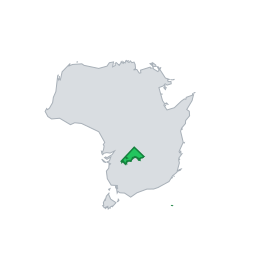 Unincorporated NSW, New South Wales, Australia shown in context, rotated 46°
{"feature_id": "25037944B59579883363479", "entity_name": "Unincorporated NSW", "entity_type": "district", "adm_level": 2, "iso_a3": "AUS", "parent_name": "Australia", "parent_adm1": "New South Wales", "projection": "orthographic", "projection_center": [147.013, -31.429], "detail": "fine", "context": "in_parent", "style": "filled", "palette": "green", "viewbox_px": 256, "rotation_deg": 46, "n_neighbors": 0, "source": "geoboundaries", "source_scale": "gbopen_adm2", "svg_char_len": 5267}
<svg xmlns="http://www.w3.org/2000/svg" viewBox="0 0 256 256"><g transform="rotate(46 128 128)"><path d="M152.8,62.9L155.5,72.9L158.5,72.3L162.0,75.2L162.7,81.4L164.7,83.6L165.3,89.4L166.8,92.4L176.6,98.2L180.4,107.6L181.5,108.1L181.7,106.4L183.8,108.2L184.1,107.4L184.9,112.2L186.1,113.7L188.8,115.3L193.8,123.6L193.3,129.0L195.0,135.6L191.7,147.7L189.7,152.0L185.1,156.8L180.8,166.6L179.6,174.1L172.4,175.7L168.9,178.9L166.7,179.2L167.3,181.0L163.8,178.4L164.3,177.8L164.1,177.1L163.4,177.1L162.3,178.3L161.4,177.6L162.8,176.5L162.0,175.6L157.4,179.8L150.1,178.1L144.0,173.5L143.5,169.7L140.6,166.4L141.7,166.5L141.6,165.4L137.8,166.8L138.7,164.1L136.9,160.5L135.9,164.9L133.0,165.5L133.3,164.1L134.7,163.9L136.1,157.9L135.2,153.5L133.6,158.3L130.9,160.4L129.2,163.3L129.7,164.7L128.5,164.7L126.4,163.3L127.6,163.2L126.5,160.5L124.3,157.6L122.8,157.4L122.2,154.7L110.4,151.6L92.4,158.3L87.2,162.7L85.6,167.1L73.5,170.4L68.4,176.7L64.1,177.7L58.5,176.1L57.5,173.0L58.8,173.2L59.2,170.9L57.4,164.6L54.1,160.4L51.7,154.6L42.9,143.9L45.4,144.5L43.1,141.2L44.6,143.1L46.4,143.2L41.8,136.3L41.4,124.8L42.4,127.2L43.8,123.7L49.8,116.6L52.4,116.1L64.8,107.7L68.9,100.2L68.1,96.1L70.4,92.5L73.3,96.6L74.2,93.7L72.5,92.3L72.8,91.0L77.4,90.8L76.0,90.7L76.7,88.7L75.7,87.2L78.2,86.5L77.1,85.5L79.2,84.9L78.3,83.4L79.9,81.1L80.1,82.2L81.6,81.8L81.5,79.6L83.6,79.9L84.8,77.9L87.2,78.7L90.4,81.2L90.1,83.7L92.0,81.0L96.4,81.8L97.2,80.4L95.1,78.8L99.6,69.8L100.7,70.2L102.3,67.9L103.0,68.7L108.2,67.3L108.0,65.4L104.3,64.4L104.9,63.8L118.0,66.4L121.7,64.5L120.9,66.2L122.5,66.9L124.4,64.8L126.2,66.2L124.3,70.1L122.0,70.6L122.3,73.3L120.4,77.7L132.4,84.2L135.7,84.7L136.7,86.5L142.1,87.4L145.6,80.6L145.7,70.9L146.2,67.3L147.5,66.4L146.4,64.8L149.6,57.8L152.8,62.9ZM161.7,187.8L167.1,189.9L173.4,188.5L173.8,194.4L173.3,193.4L172.7,194.6L172.5,198.5L170.3,196.9L169.0,200.5L166.3,200.2L166.8,199.2L164.5,197.5L163.5,194.5L164.5,195.1L162.0,190.9L161.7,187.8ZM98.3,64.9L102.0,64.3L103.2,65.1L100.8,67.5L98.3,64.9ZM132.1,168.5L137.7,167.8L135.4,169.0L132.1,168.5ZM125.4,72.4L126.3,74.4L123.9,74.3L124.2,72.8L125.4,72.4ZM193.5,122.6L193.5,120.2L194.4,118.2L194.7,119.7L193.5,122.6ZM172.0,184.2L173.7,184.7L173.8,185.6L172.0,184.2ZM98.0,65.5L99.4,67.3L97.0,67.5L98.0,65.5ZM159.7,184.7L158.6,184.5L159.1,183.1L159.7,184.7ZM138.5,82.9L137.4,83.6L136.3,84.0L136.8,82.8L138.5,82.9ZM42.7,143.4L41.7,142.5L41.4,141.5L41.5,141.4L42.7,143.4ZM173.4,186.4L174.1,186.9L172.8,186.4L173.4,186.4ZM185.7,112.5L186.5,112.6L186.5,113.6L185.7,112.5ZM165.6,89.3L166.6,89.9L166.4,90.3L165.6,89.3ZM170.3,199.0L170.3,200.0L169.7,199.7L170.3,199.0ZM194.5,130.0L194.5,131.3L194.4,131.3L194.5,130.0ZM107.7,63.4L107.0,62.9L107.4,62.6L107.7,63.4ZM125.1,61.5L124.2,62.6L125.2,60.7L125.1,61.5ZM194.8,128.4L194.3,128.8L194.6,128.3L194.8,128.4ZM127.3,80.1L126.8,80.4L127.0,79.9L127.3,80.1ZM123.6,72.5L122.9,72.7L123.3,72.0L123.6,72.5ZM45.3,118.0L45.3,118.9L45.1,118.9L45.3,118.0ZM148.5,57.4L148.5,58.1L148.2,57.6L148.5,57.4ZM163.4,177.5L163.6,177.9L163.4,177.8L163.4,177.5ZM124.0,62.9L122.8,63.7L124.0,62.8L124.0,62.9ZM78.3,82.3L77.9,82.9L78.1,82.3L78.3,82.3ZM170.6,198.3L170.3,198.5L170.5,198.2L170.6,198.3ZM138.0,85.4L137.4,85.4L137.7,85.0L138.0,85.4ZM76.3,86.5L76.0,86.9L75.9,86.2L76.3,86.5ZM173.2,196.3L172.7,196.6L172.8,196.1L173.2,196.3ZM148.9,55.5L148.8,56.0L148.5,55.8L148.9,55.5ZM163.2,178.1L163.7,178.5L162.9,178.4L163.2,178.1ZM177.8,98.1L177.4,98.1L177.6,97.6L177.8,98.1ZM181.3,106.4L181.1,106.3L181.3,105.9L181.3,106.4ZM161.9,187.1L161.8,187.4L161.7,187.0L161.9,187.1Z" fill="#d9dde1" stroke="#a8b0b8" stroke-width="1"/><path d="M159.3,136.4L146.2,136.9L147.2,156.0L148.2,156.1L148.4,156.0L148.5,156.1L148.6,154.4L149.3,154.5L149.2,154.9L151.0,155.0L150.9,154.8L151.3,154.8L151.5,154.9L151.8,154.9L152.0,154.8L151.9,154.8L152.0,154.8L151.9,154.8L152.0,154.8L151.9,154.7L152.0,154.6L152.2,154.4L152.3,154.3L152.2,154.3L152.2,154.2L152.2,153.9L152.2,154.0L152.2,153.9L152.2,153.7L152.2,153.4L151.7,153.3L151.7,152.9L151.7,152.6L151.3,152.6L151.2,152.6L151.3,152.6L151.2,152.4L151.2,152.2L151.1,151.8L151.1,151.6L151.6,151.6L151.7,151.4L151.7,151.2L151.8,151.1L151.8,150.9L152.0,150.9L152.0,150.5L152.6,149.9L153.2,149.3L153.1,149.2L153.3,149.1L153.5,149.1L153.6,149.3L153.8,149.1L153.7,148.9L153.8,148.8L153.9,148.7L153.7,148.4L153.6,148.2L153.3,147.7L153.2,146.9L153.3,146.9L153.3,145.8L152.7,145.8L152.6,145.5L153.2,145.5L153.2,144.6L153.2,144.2L153.3,144.2L153.2,143.7L153.6,143.7L153.6,143.1L154.2,143.0L154.2,142.4L155.2,142.3L156.0,142.4L156.0,142.0L157.7,142.2L158.1,142.1L158.0,142.3L158.3,142.3L158.3,142.6L158.5,142.6L158.6,142.4L159.2,142.0L158.7,141.9L158.8,141.2L158.1,141.1L158.3,141.0L158.3,140.9L158.4,140.7L158.4,140.4L158.4,140.2L158.3,139.9L158.4,139.7L158.5,139.5L158.5,139.4L158.6,139.2L158.8,139.1L158.9,138.9L159.0,138.9L159.1,138.7L159.3,138.5L159.3,138.4L159.4,138.2L159.4,137.9L159.4,137.7L159.5,137.6L159.6,137.4L159.6,137.2L159.5,136.9L159.4,136.9L159.2,136.9L159.1,136.7L159.3,136.4L159.3,136.4ZM148.4,149.8L148.4,149.6L149.0,149.5L148.9,149.7L148.9,149.8L148.9,150.1L148.7,150.1L148.4,150.1L148.4,149.8ZM214.5,149.9L214.5,150.0L214.4,150.2L214.5,150.2L214.5,150.3L214.5,150.2L214.5,149.9L214.4,149.9L214.5,149.9Z" fill="#22c55e" stroke="#15803d" stroke-width="1.5"/></g></svg>